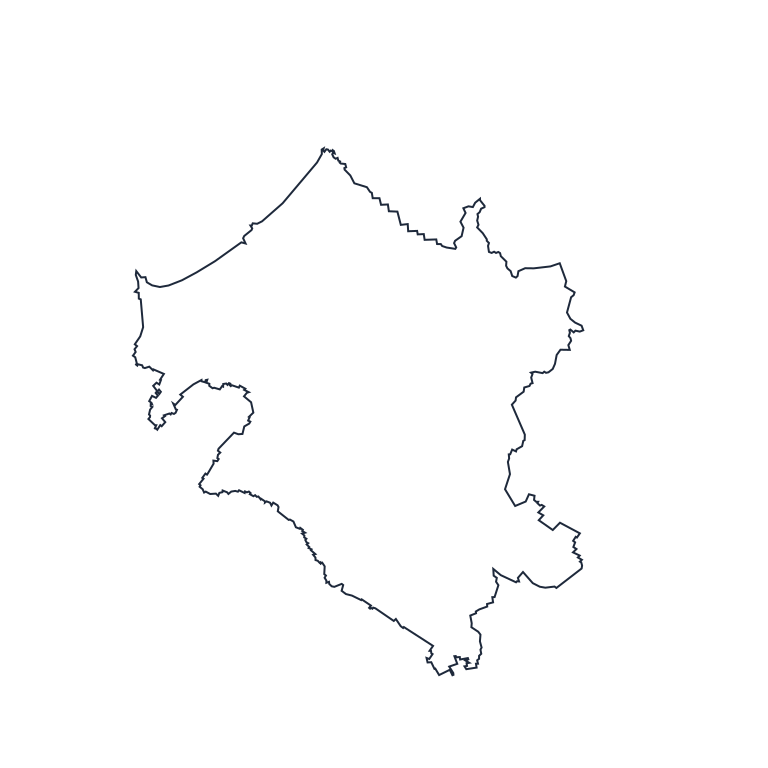 the district of Catemaco, Veracruz, Mexico, rotated 305°
{"feature_id": "50627088B13205785170557", "entity_name": "Catemaco", "entity_type": "district", "adm_level": 2, "iso_a3": "MEX", "parent_name": "Mexico", "parent_adm1": "Veracruz", "projection": "natural_earth1", "projection_center": [-95.032, 18.435], "detail": "fine", "context": "isolated", "style": "outline", "palette": "slate", "viewbox_px": 768, "rotation_deg": 305, "n_neighbors": 0, "source": "geoboundaries", "source_scale": "gbopen_adm2", "svg_char_len": 6166}
<svg xmlns="http://www.w3.org/2000/svg" viewBox="0 0 768 768"><g transform="rotate(305 384 384)"><path d="M542.4,199.4L540.3,198.5L536.7,201.2L527.0,202.1L473.9,197.3L447.3,190.8L442.5,188.2L440.3,184.3L438.0,184.8L437.2,183.7L435.9,186.8L434.1,187.2L425.1,184.6L422.6,185.0L419.7,190.0L418.2,185.9L387.6,175.1L368.0,166.5L353.1,159.0L341.1,151.0L334.9,144.8L331.8,137.5L331.3,131.4L334.7,127.3L332.0,124.0L334.4,116.3L331.0,118.1L326.9,123.8L321.8,127.9L316.7,127.1L318.0,130.8L313.3,134.2L313.8,136.2L292.4,154.1L283.2,157.0L273.6,157.1L273.4,160.0L269.4,159.7L267.8,162.2L263.2,162.1L263.2,164.9L259.2,169.6L257.7,169.7L257.6,171.3L259.0,171.0L260.6,175.2L259.3,177.2L259.9,179.0L263.6,181.8L262.7,186.9L263.7,186.7L266.0,197.9L259.0,198.1L259.3,199.0L254.7,200.2L254.6,196.9L250.1,196.0L248.0,202.7L250.4,202.9L249.6,205.7L247.0,205.7L247.8,202.2L245.7,202.1L244.8,205.5L241.9,205.2L241.2,200.8L235.3,201.5L235.2,204.3L234.5,205.4L234.2,204.2L232.1,205.5L232.3,207.4L228.9,207.1L224.2,209.0L224.0,210.5L222.7,211.3L220.2,211.1L218.9,219.9L219.6,221.1L215.5,221.8L216.9,222.2L216.5,224.5L222.0,224.3L221.9,226.1L227.3,226.7L228.6,221.8L232.0,223.0L232.2,221.8L236.7,225.1L236.7,226.7L238.4,226.6L239.0,229.1L240.9,229.8L244.1,229.2L243.8,228.0L247.1,222.6L247.1,225.1L258.2,226.6L258.5,223.2L274.4,228.1L282.6,232.2L281.6,233.0L282.8,236.5L284.9,235.7L286.1,236.8L283.1,237.7L284.0,240.8L282.3,241.9L282.2,246.0L283.5,247.0L285.4,252.6L289.4,252.6L289.6,253.7L291.8,252.3L293.9,254.5L293.5,256.3L295.8,256.5L296.1,257.9L294.6,258.4L294.4,259.7L295.7,260.0L297.8,267.2L299.9,266.8L300.6,273.1L299.0,272.8L299.7,277.9L298.1,276.7L293.6,276.4L292.8,285.6L285.6,293.4L279.6,292.2L279.7,293.0L276.1,293.7L276.5,296.1L274.3,296.3L269.1,293.9L261.9,296.7L259.3,293.5L258.1,289.0L236.1,285.6L234.1,286.2L233.9,289.2L230.8,288.6L227.7,290.0L227.7,291.6L225.2,291.7L223.4,288.2L221.0,290.1L209.7,291.0L208.2,291.0L208.2,289.1L202.9,289.0L202.9,290.5L196.0,290.0L195.8,291.8L194.1,291.9L193.8,295.8L191.9,298.9L193.6,299.7L194.2,304.7L197.8,309.2L197.3,312.3L200.4,311.6L202.7,313.7L204.2,312.9L205.3,317.6L204.7,319.6L208.3,320.6L211.1,323.5L212.0,326.1L213.8,326.2L214.8,332.4L216.3,331.8L216.6,333.8L218.4,335.0L218.1,337.3L216.8,337.3L217.2,341.4L219.0,342.2L218.6,344.5L219.8,345.6L218.8,349.1L219.5,349.0L219.6,354.0L218.6,354.5L220.5,355.1L221.4,358.8L219.9,361.5L223.3,361.3L223.6,366.4L222.7,368.2L218.8,370.0L218.0,383.9L219.0,384.7L219.4,388.7L216.1,394.0L217.1,398.1L218.1,397.9L218.0,401.2L216.7,401.3L216.9,404.6L214.5,402.7L214.2,405.7L212.6,406.6L212.7,409.2L211.1,409.0L209.9,411.3L210.1,413.2L208.2,412.7L207.6,416.3L206.4,416.3L207.0,419.5L205.9,419.5L205.3,425.3L203.5,423.9L202.5,427.4L200.5,428.9L201.2,431.1L200.6,433.8L201.5,434.2L200.6,435.2L202.2,435.9L200.6,440.0L194.0,444.1L193.8,446.3L191.2,446.5L189.9,449.6L188.1,450.8L190.4,452.4L188.8,453.9L188.3,457.2L189.4,459.7L196.0,464.0L195.9,465.9L190.3,467.9L190.1,473.3L192.3,479.1L193.9,489.3L194.8,489.3L195.0,500.4L192.1,500.2L192.0,501.4L193.1,501.5L193.3,503.4L194.6,503.4L195.3,505.6L195.5,527.9L198.3,528.5L195.2,536.6L195.1,539.6L196.3,539.7L197.6,574.4L191.6,574.4L192.3,575.6L190.5,577.3L190.6,578.7L184.7,578.8L184.0,576.0L180.9,579.4L183.2,582.3L179.6,588.7L180.3,589.2L177.2,596.1L187.6,601.8L184.7,607.1L185.6,607.7L187.0,606.5L189.9,599.5L196.8,604.5L201.4,597.8L202.3,598.8L201.5,599.9L203.8,602.7L202.0,604.4L207.6,609.9L206.8,611.0L204.2,609.2L204.5,613.7L202.6,611.8L200.7,613.7L198.9,611.9L197.6,615.0L204.8,622.5L207.6,619.8L208.8,621.4L211.1,618.8L213.4,619.5L215.9,617.8L218.8,618.4L221.7,615.4L224.1,615.1L228.2,610.2L234.0,606.8L235.1,603.3L234.9,595.1L238.3,593.1L243.8,587.5L249.0,590.9L250.3,589.7L254.1,591.4L260.9,596.2L262.9,594.6L267.7,598.6L271.5,595.0L272.9,596.8L284.8,593.1L286.3,589.2L289.9,587.6L289.9,583.8L295.2,579.6L294.4,589.3L297.3,605.9L298.7,606.1L299.7,607.9L302.0,604.9L309.7,605.7L306.2,620.1L307.3,627.9L309.7,633.0L315.9,639.9L315.8,642.2L346.2,651.7L348.9,650.4L351.0,647.9L350.9,646.4L353.5,646.9L353.1,642.3L355.7,642.7L354.5,635.4L359.2,636.3L359.1,632.6L363.9,631.4L364.0,628.9L368.8,628.7L368.9,630.1L374.0,630.1L371.3,607.7L361.2,606.0L361.2,588.9L367.8,589.8L367.3,584.1L375.6,585.5L375.4,582.5L373.9,581.5L374.4,578.0L375.9,577.8L374.8,576.2L375.1,573.4L378.8,571.4L376.8,566.0L369.0,567.5L359.3,561.4L367.2,543.5L382.4,538.9L391.2,530.2L394.8,529.2L397.9,526.6L398.8,527.7L403.8,526.6L404.5,530.8L406.6,530.1L412.3,532.8L417.3,530.7L418.7,531.4L423.3,528.4L440.4,500.6L445.9,501.3L448.8,499.8L457.8,502.8L461.6,500.9L465.8,504.3L468.4,503.9L469.9,505.2L473.7,500.9L477.4,499.9L477.6,497.9L480.8,500.8L483.9,507.7L486.0,508.2L486.1,510.3L487.9,512.0L493.1,513.6L498.6,512.5L506.8,508.8L513.3,508.9L518.5,516.6L521.6,512.7L526.7,512.5L528.5,510.5L529.2,507.9L532.6,506.9L534.4,504.9L535.5,505.4L535.1,509.8L537.5,510.2L539.2,514.3L542.3,516.4L545.1,512.4L543.9,505.3L544.3,499.3L547.5,492.9L562.4,487.5L565.5,488.4L568.4,487.6L567.6,476.3L572.8,474.3L583.7,458.7L575.8,452.9L564.7,440.4L559.8,433.2L553.5,429.4L549.0,431.5L546.8,431.0L546.0,427.1L549.1,423.0L549.5,418.8L550.9,416.2L554.4,414.1L555.7,406.4L557.8,404.0L557.7,401.9L555.6,400.6L555.5,398.3L553.1,397.0L552.4,394.2L556.8,390.0L559.7,389.1L560.3,386.0L561.5,385.2L564.2,378.4L565.7,370.5L568.6,370.1L571.3,366.6L575.0,365.1L576.8,363.1L579.6,363.8L583.3,363.0L586.5,364.9L587.6,364.2L589.6,357.3L590.8,356.4L584.8,354.7L579.9,355.3L578.0,351.3L573.5,348.2L570.9,352.7L560.8,353.5L557.7,359.5L549.6,362.8L542.1,360.1L539.6,360.6L537.3,364.8L535.6,364.9L531.7,357.0L530.4,352.5L531.2,350.3L529.1,347.2L532.4,343.9L525.4,334.6L529.6,330.6L525.9,325.8L528.4,323.3L523.0,316.2L528.6,311.7L524.0,306.5L532.9,296.1L528.3,288.9L533.3,284.2L529.1,278.8L533.6,273.7L529.7,268.2L533.6,264.4L533.4,262.3L535.4,257.1L531.4,244.6L535.5,236.8L537.0,228.8L538.1,227.7L539.8,228.7L542.0,226.1L539.8,222.1L540.0,220.6L541.1,220.4L540.8,218.4L542.6,216.3L540.8,215.2L540.8,212.7L542.5,209.8L544.2,209.7L544.6,211.3L546.1,209.3L546.1,208.3L545.0,209.1L544.8,206.6L543.1,206.3L543.9,203.6L543.2,202.1L540.0,202.0L540.5,200.1L542.4,199.4Z" fill="none" stroke="#1e293b" stroke-width="2"/></g></svg>